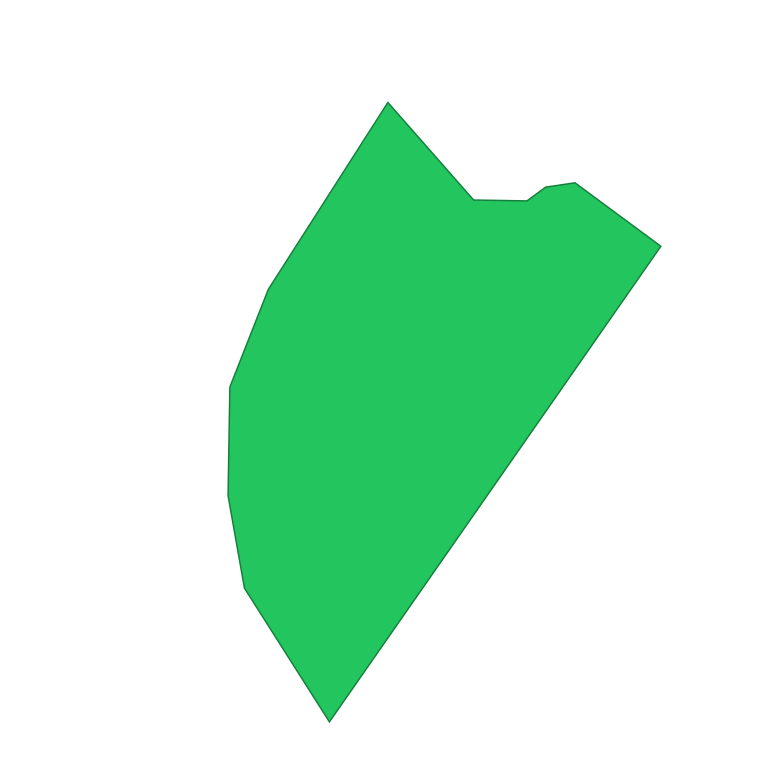 outline of Littoral, rotated 312°
{"feature_id": "BEN-2175", "entity_name": "Littoral", "entity_type": "Department", "adm_level": 1, "iso_a3": "BEN", "parent_name": "Benin", "parent_adm1": "", "projection": "equal_earth", "projection_center": [2.438, 6.366], "detail": "fine", "context": "isolated", "style": "filled", "palette": "green", "viewbox_px": 768, "rotation_deg": 312, "n_neighbors": 0, "source": "natural_earth", "source_scale": "10m", "svg_char_len": 314}
<svg xmlns="http://www.w3.org/2000/svg" viewBox="0 0 768 768"><g transform="rotate(312 384 384)"><path d="M671.6,497.6L96.4,569.5L138.9,416.9L196.7,342.8L278.6,271.5L377.0,234.7L595.8,198.5L580.7,327.5L615.7,367.7L638.5,372.4L661.3,391.3L671.6,497.6Z" fill="#22c55e" stroke="#15803d" stroke-width="1.5"/></g></svg>